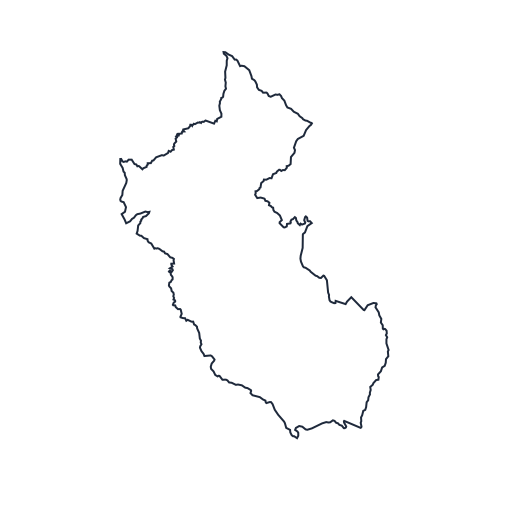 La Vega, Cundinamarca, Colombia, rotated 336°
{"feature_id": "7082276B26976888039358", "entity_name": "La Vega", "entity_type": "district", "adm_level": 2, "iso_a3": "COL", "parent_name": "Colombia", "parent_adm1": "Cundinamarca", "projection": "natural_earth1", "projection_center": [-74.344, 4.982], "detail": "fine", "context": "isolated", "style": "outline", "palette": "slate", "viewbox_px": 512, "rotation_deg": 336, "n_neighbors": 0, "source": "geoboundaries", "source_scale": "gbopen_adm2", "svg_char_len": 6132}
<svg xmlns="http://www.w3.org/2000/svg" viewBox="0 0 512 512"><g transform="rotate(336 256 256)"><path d="M315.5,63.7L312.9,60.8L310.9,57.4L309.3,56.5L308.9,58.1L310.4,61.1L310.4,63.7L308.7,65.7L306.8,69.9L302.8,75.0L300.5,80.9L299.4,82.2L298.9,85.3L297.1,88.5L296.6,91.0L294.3,92.2L292.2,94.6L290.7,97.2L289.8,97.6L288.5,97.5L288.0,98.5L285.7,100.3L285.3,101.6L283.6,103.8L282.3,108.1L282.3,111.9L281.0,114.7L276.3,115.0L274.9,117.0L273.9,115.9L271.5,118.0L265.0,111.7L262.8,112.2L262.0,111.6L260.7,111.5L259.9,112.1L259.1,110.9L258.4,111.1L257.1,110.4L253.9,110.7L252.9,109.9L252.1,110.5L251.2,110.4L250.6,111.1L250.1,109.7L249.4,109.4L248.7,110.5L246.1,111.8L241.0,110.8L240.5,111.5L241.0,113.0L239.1,112.4L238.0,113.9L236.3,113.3L235.6,113.5L234.6,112.6L233.7,112.6L233.1,113.2L234.1,114.0L234.2,114.5L231.7,114.4L232.0,115.5L230.3,116.1L229.7,119.0L227.0,120.1L226.3,121.0L226.1,122.3L224.8,122.7L224.2,125.4L222.3,125.1L220.4,126.0L219.0,124.5L217.5,126.1L212.6,126.7L211.0,125.6L204.9,125.2L201.2,127.0L199.9,126.7L197.7,128.4L194.8,127.2L194.3,128.5L193.0,128.9L192.3,130.1L188.8,130.0L187.5,130.6L185.8,126.5L185.3,126.0L184.1,125.8L183.9,123.7L182.4,122.6L181.6,117.4L178.8,116.2L176.4,117.3L175.4,116.5L173.3,116.2L172.5,115.2L172.3,112.5L171.5,112.2L169.4,116.6L170.0,121.3L169.3,125.0L169.9,126.5L169.1,128.9L169.1,133.1L168.8,134.1L167.2,136.5L160.7,142.2L158.7,145.9L155.9,147.9L154.9,149.3L154.7,150.5L155.2,151.5L157.0,153.0L157.1,158.5L154.3,162.3L150.3,163.1L150.8,169.2L150.7,173.3L155.1,173.1L157.8,171.7L160.1,171.4L162.8,169.9L164.6,169.5L167.6,170.2L173.0,170.4L175.1,172.0L176.5,172.3L175.5,173.4L171.7,174.8L168.8,174.4L167.6,175.4L166.0,176.0L165.5,177.1L164.4,177.5L163.7,178.9L160.8,180.2L158.0,184.9L156.1,187.0L158.2,190.2L159.5,190.9L160.9,194.1L163.7,196.5L163.2,197.9L163.5,199.8L165.4,202.0L166.1,207.9L166.9,207.8L168.1,208.7L169.3,208.9L170.6,210.2L172.5,213.7L173.8,214.6L174.0,216.6L175.9,218.2L177.1,222.3L178.9,223.7L179.8,225.3L179.0,226.3L178.1,229.6L175.5,228.6L175.1,229.5L175.5,231.7L172.4,232.2L174.3,234.0L174.2,235.2L172.5,236.2L171.4,234.3L170.2,234.7L170.3,235.4L171.2,236.3L170.6,238.6L171.2,240.8L171.0,242.0L170.2,243.5L169.0,243.8L167.7,245.0L166.0,245.1L164.5,247.4L164.4,248.5L165.3,251.0L164.7,253.7L165.6,255.9L165.2,257.8L164.1,259.1L164.1,261.0L162.9,262.2L163.9,263.4L163.9,264.2L163.6,264.8L161.9,265.1L160.2,266.8L160.4,267.4L162.1,268.3L161.9,270.0L163.1,272.8L165.1,273.6L165.4,274.4L164.6,278.6L162.2,280.8L162.1,281.3L164.1,283.1L165.9,284.0L166.0,286.8L167.6,286.5L170.3,289.7L171.9,290.4L171.6,293.4L172.5,294.5L173.3,296.6L172.8,298.2L172.8,303.2L171.1,308.6L171.3,310.9L170.3,312.7L170.3,314.4L168.3,315.8L167.5,317.0L167.5,320.9L168.3,324.0L168.2,326.4L174.1,328.4L175.0,329.7L176.0,333.7L175.2,334.6L171.8,336.2L169.6,338.8L169.1,340.9L170.3,344.2L170.4,348.1L172.0,350.4L173.1,350.2L173.9,350.7L175.0,355.4L178.2,356.7L179.3,358.0L180.0,360.6L182.2,361.9L185.2,365.5L187.3,366.1L190.5,368.4L192.6,371.9L194.5,373.2L196.8,376.5L196.7,377.3L195.2,379.0L196.2,381.8L202.1,386.5L204.0,389.9L205.8,391.9L205.4,393.7L205.7,394.6L209.1,395.0L210.3,395.6L210.9,398.1L210.6,404.1L211.7,410.2L214.3,418.7L214.4,420.5L213.7,425.3L216.4,428.7L215.6,431.1L215.7,434.0L216.1,435.0L216.6,435.8L217.5,436.1L219.4,439.1L221.5,437.4L222.7,434.7L222.5,433.2L221.0,430.8L222.5,429.3L226.3,428.9L228.9,430.8L230.8,434.6L232.2,435.6L236.9,436.2L248.4,435.8L252.6,436.3L254.5,437.6L256.1,438.1L259.4,437.4L260.7,438.6L261.4,441.0L262.8,442.1L263.5,444.2L265.4,445.9L266.2,449.0L267.0,449.4L268.4,449.2L269.1,448.4L268.7,444.0L269.1,442.7L269.5,442.5L281.6,455.5L282.4,455.4L283.0,454.7L283.8,451.0L285.0,449.7L286.3,446.2L288.2,444.7L291.0,441.1L293.2,441.0L295.1,438.9L297.6,434.6L299.8,433.4L301.3,430.8L303.8,428.8L304.4,427.2L306.3,425.0L307.1,422.1L310.3,421.1L311.5,419.9L315.3,418.2L317.5,418.8L318.9,416.5L318.7,415.3L319.3,413.8L323.2,412.1L325.9,409.1L328.9,408.7L331.1,406.3L332.8,403.1L336.1,401.4L337.6,396.9L338.9,395.8L339.6,388.9L341.3,385.1L342.8,383.6L342.5,381.1L344.0,379.9L344.9,377.4L344.3,375.3L343.7,374.8L342.6,374.8L342.3,374.0L343.6,370.8L343.0,367.6L344.9,364.4L344.5,360.4L345.2,357.4L344.3,351.5L345.4,349.9L346.7,349.1L346.7,348.2L344.2,346.7L338.0,346.4L333.0,349.6L332.4,349.1L326.3,332.4L320.6,334.7L318.3,336.4L310.5,329.4L309.4,331.3L308.2,330.9L306.4,329.0L305.5,327.9L305.2,326.3L306.1,322.7L306.9,321.3L307.0,318.8L310.9,307.0L310.2,301.9L309.6,301.3L306.4,302.5L304.9,301.6L303.7,299.3L302.4,298.2L299.5,292.6L299.2,291.1L296.5,286.9L295.1,285.8L294.7,284.5L294.8,279.4L295.5,276.5L296.9,274.0L301.9,267.6L307.5,255.5L308.0,255.0L310.3,254.4L315.1,249.6L320.3,248.6L319.5,246.2L318.1,245.7L317.4,244.9L318.3,241.7L317.6,240.1L316.7,240.4L314.6,242.9L314.6,245.5L313.9,246.2L310.8,246.0L309.9,244.6L308.6,245.6L307.5,243.1L307.7,241.9L307.3,240.0L307.9,237.5L307.3,236.3L304.7,237.4L303.2,237.2L301.5,238.5L301.4,239.6L300.7,240.2L297.4,239.3L296.1,241.5L293.8,241.6L292.9,241.0L290.9,235.6L291.4,234.7L294.2,233.7L294.3,228.7L292.8,225.3L290.9,223.1L290.6,221.1L291.3,218.8L290.3,217.9L289.9,216.4L288.5,214.9L289.9,212.8L288.8,210.7L287.0,209.4L287.1,207.2L286.7,206.7L284.0,204.5L280.7,203.6L280.1,199.7L281.2,198.6L281.9,196.7L283.1,197.1L286.2,196.3L286.8,195.4L288.0,195.2L290.4,191.5L293.5,190.6L294.3,189.4L296.5,190.5L300.1,190.3L301.8,191.3L304.8,188.2L308.3,188.4L309.4,187.4L312.2,186.6L312.9,187.0L313.7,188.6L315.5,188.4L317.2,189.3L320.1,187.9L320.6,186.4L322.5,186.8L325.0,186.1L328.2,179.8L333.1,177.4L334.7,175.1L334.7,172.5L339.4,167.5L341.8,166.1L348.4,165.6L353.0,161.3L357.7,159.0L359.5,158.6L361.7,157.1L361.0,157.2L360.0,156.4L357.7,153.3L356.2,152.3L354.6,150.2L354.4,148.9L352.7,146.0L352.1,143.1L349.2,139.6L347.9,135.8L345.1,133.1L344.8,130.5L345.1,125.6L343.9,122.3L344.0,120.1L343.2,117.8L341.2,117.5L339.5,116.4L334.2,116.5L332.7,115.0L332.6,112.3L332.1,111.0L328.9,109.7L328.3,107.4L326.2,105.4L325.6,102.4L326.5,99.8L326.4,96.2L326.0,94.7L324.4,92.4L325.0,89.8L325.4,83.5L322.6,77.9L320.2,76.3L318.7,76.1L318.5,70.0L317.8,68.5L316.4,67.9L315.5,63.7Z" fill="none" stroke="#1e293b" stroke-width="2"/></g></svg>